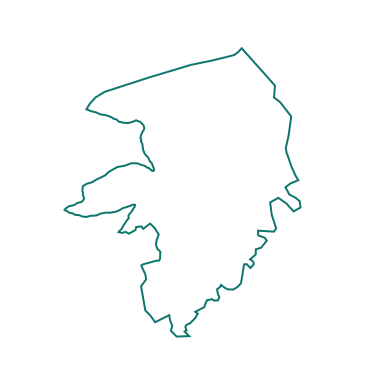 Iwajowa, Oyo, Nigeria (Robinson projection), rotated 64°
{"feature_id": "59680162B76564266679550", "entity_name": "Iwajowa", "entity_type": "district", "adm_level": 2, "iso_a3": "NGA", "parent_name": "Nigeria", "parent_adm1": "Oyo", "projection": "robinson", "projection_center": [3.013, 7.985], "detail": "fine", "context": "isolated", "style": "outline", "palette": "teal", "viewbox_px": 384, "rotation_deg": 64, "n_neighbors": 0, "source": "geoboundaries", "source_scale": "gbopen_adm2", "svg_char_len": 3141}
<svg xmlns="http://www.w3.org/2000/svg" viewBox="0 0 384 384"><g transform="rotate(64 192 192)"><path d="M320.3,257.7L314.1,259.8L314.0,257.6L310.3,257.1L309.0,255.4L309.1,251.1L306.8,244.5L303.9,240.2L301.1,241.5L300.9,231.5L297.7,228.3L295.8,225.9L296.2,225.4L296.9,221.2L299.4,219.7L299.9,218.0L300.8,216.2L298.6,213.6L294.1,213.2L290.4,212.1L289.6,208.2L288.3,206.7L292.8,204.3L295.1,202.6L297.7,197.9L297.3,192.7L296.5,190.6L295.9,188.9L295.0,187.6L294.0,187.0L292.8,186.0L279.9,177.0L280.4,175.6L280.7,174.6L285.8,172.8L285.1,170.6L284.0,168.1L282.0,167.6L280.2,168.0L278.0,169.3L276.2,162.2L271.5,159.8L272.4,154.2L268.4,146.1L265.0,146.7L260.0,151.5L255.7,149.6L263.6,135.6L261.5,132.3L247.3,130.3L235.6,126.3L235.1,117.0L243.1,112.4L254.0,109.2L253.5,101.3L247.6,99.2L242.7,101.4L236.9,105.6L228.7,105.9L227.5,99.8L228.0,91.3L222.8,91.8L211.8,91.4L201.3,90.0L198.8,89.9L193.7,88.5L183.6,80.4L167.6,69.7L150.0,73.4L143.0,76.8L132.7,70.8L84.6,84.3L86.4,89.0L87.4,93.9L87.3,94.2L87.3,94.4L86.4,99.0L82.6,116.4L80.9,123.1L77.2,137.5L70.0,181.7L63.7,226.6L64.7,237.2L67.7,244.9L71.4,250.6L75.0,247.4L78.3,243.4L82.0,240.4L85.6,235.2L87.4,233.6L89.2,231.8L91.8,230.3L92.9,228.9L93.9,227.9L96.3,227.2L97.3,226.2L98.1,225.3L98.8,224.2L99.7,223.6L99.8,223.1L100.3,221.9L101.0,221.1L101.9,219.5L102.5,217.0L102.9,214.7L103.0,213.2L103.0,210.8L104.1,210.0L104.9,209.2L106.0,208.0L108.0,207.2L110.3,206.5L111.7,206.4L113.8,206.9L115.1,208.2L116.2,210.2L117.2,211.2L118.4,212.9L119.7,213.8L120.7,214.6L122.5,214.6L124.3,215.8L126.5,215.5L129.7,216.4L131.8,217.2L133.4,217.6L134.9,217.5L135.8,217.8L137.7,217.5L139.4,217.1L142.1,216.2L144.1,216.4L146.5,216.3L148.2,215.5L151.3,215.8L154.0,216.0L155.7,216.6L156.2,217.2L156.0,217.9L155.2,218.8L154.0,219.1L153.2,219.8L152.0,219.9L151.0,221.1L149.8,221.9L148.3,222.7L147.1,223.6L145.7,225.4L142.2,228.6L139.6,233.8L138.9,240.8L136.8,248.2L137.5,258.5L138.9,262.5L139.0,267.4L138.9,272.5L139.4,277.3L138.8,281.2L138.4,283.4L138.8,284.9L138.8,287.3L139.8,288.2L142.8,290.0L145.3,290.5L147.2,291.5L148.9,291.6L150.0,291.6L150.9,292.1L151.6,293.3L152.2,294.6L152.5,295.8L151.7,299.3L152.0,304.6L150.9,308.5L151.1,310.6L151.5,312.6L152.1,314.3L153.4,313.7L154.5,312.7L156.9,311.3L158.8,308.7L161.4,307.0L163.2,303.7L165.9,301.3L168.0,298.2L169.0,293.5L171.1,288.5L171.4,283.3L173.0,277.9L174.6,275.0L176.0,270.3L176.6,266.4L176.2,261.2L176.8,258.0L177.2,254.2L177.5,253.3L177.3,252.4L177.3,251.6L177.5,251.0L177.7,250.2L178.1,249.4L178.6,248.9L178.7,249.0L179.2,249.2L179.9,249.7L180.3,250.3L180.7,251.4L181.2,252.2L182.1,253.1L183.8,256.3L184.4,258.0L185.5,259.6L187.6,260.2L189.3,263.5L192.5,269.0L194.2,271.2L195.2,274.3L195.8,275.5L198.2,272.7L198.6,269.3L201.8,266.9L201.4,259.5L199.0,257.5L200.8,252.5L203.7,252.0L202.0,243.5L208.2,241.3L215.7,240.6L220.1,245.2L223.8,247.5L227.3,248.0L228.0,248.1L231.6,246.6L237.7,249.8L239.2,251.5L238.1,254.3L235.5,268.1L235.8,269.8L245.7,270.1L250.4,271.5L254.4,279.1L267.3,282.8L278.0,285.9L284.3,283.7L292.9,282.2L292.7,266.5L298.0,268.0L303.5,268.4L307.5,271.8L315.2,269.2L317.5,264.0L320.3,257.7Z" fill="none" stroke="#0f766e" stroke-width="2"/></g></svg>